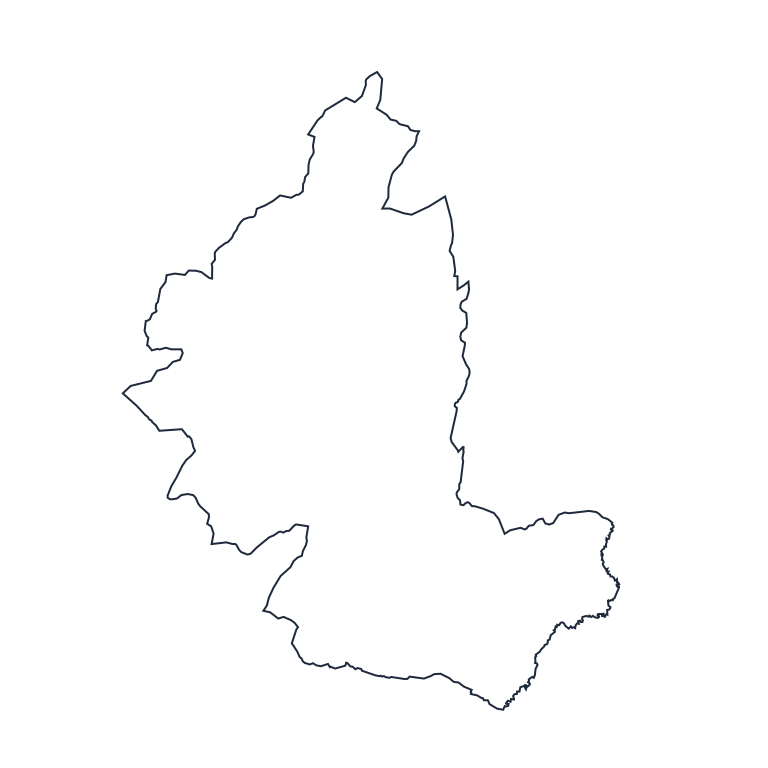 outline of Akwapem South, Eastern, Ghana, rotated 187°
{"feature_id": "2480657B26354408705676", "entity_name": "Akwapem South", "entity_type": "district", "adm_level": 2, "iso_a3": "GHA", "parent_name": "Ghana", "parent_adm1": "Eastern", "projection": "natural_earth1", "projection_center": [-0.261, 5.841], "detail": "fine", "context": "isolated", "style": "outline", "palette": "slate", "viewbox_px": 768, "rotation_deg": 187, "n_neighbors": 0, "source": "geoboundaries", "source_scale": "gbopen_adm2", "svg_char_len": 6102}
<svg xmlns="http://www.w3.org/2000/svg" viewBox="0 0 768 768"><g transform="rotate(187 384 384)"><path d="M532.2,536.7L533.1,534.7L534.3,533.8L538.2,532.9L543.2,530.5L545.8,527.4L548.3,522.5L549.0,519.2L551.4,515.1L552.7,510.7L556.3,505.7L558.4,504.7L564.4,499.0L567.5,494.8L567.9,492.8L566.9,486.7L569.7,482.2L568.8,479.6L567.5,467.7L570.2,467.9L578.9,472.8L584.5,473.5L591.6,472.8L594.9,468.0L605.0,468.1L613.0,465.5L613.3,458.6L617.6,451.0L618.4,437.7L619.7,436.1L619.9,434.7L619.8,430.9L618.7,429.1L618.8,428.1L622.7,425.3L624.2,419.8L626.5,418.0L628.1,417.5L628.1,407.6L625.2,402.4L623.6,401.4L623.8,393.5L622.7,393.3L618.5,389.1L612.9,391.3L610.9,390.9L604.9,393.4L599.2,392.5L589.4,393.7L587.5,390.1L589.5,383.1L596.3,380.2L601.2,373.5L610.9,369.4L615.7,358.7L635.2,351.2L642.1,342.9L627.0,332.4L617.2,324.1L614.3,322.4L612.8,320.3L610.3,319.3L609.5,318.0L605.3,315.1L601.3,310.2L579.1,314.5L572.3,307.8L571.2,308.3L568.5,305.9L565.4,297.9L563.4,294.6L566.4,289.6L571.0,284.5L574.2,278.4L578.9,265.1L582.6,256.7L585.2,246.7L584.8,244.7L582.2,243.5L579.6,243.9L575.4,245.2L571.6,249.1L565.3,250.9L559.7,250.4L556.9,247.9L553.7,242.5L551.6,240.3L542.0,233.4L541.5,230.1L542.5,223.7L538.2,221.7L534.9,214.7L535.6,204.1L521.2,207.6L514.9,206.7L512.1,207.1L510.9,206.3L507.4,201.5L505.1,199.7L498.6,198.1L495.7,199.3L490.3,206.3L479.2,217.9L475.0,220.3L470.2,224.5L468.1,224.9L466.0,224.2L463.2,226.1L460.1,226.8L456.2,232.2L454.2,233.9L441.9,233.5L442.4,222.2L441.4,219.0L441.8,214.8L444.1,208.4L444.6,203.5L448.5,201.3L452.0,197.4L454.6,190.7L463.2,180.9L468.9,168.2L472.3,157.6L473.3,149.7L476.1,144.2L469.1,143.5L460.4,138.3L455.3,140.6L447.6,138.3L443.6,136.0L439.7,132.2L441.0,129.9L443.9,115.4L437.5,107.9L434.4,102.7L432.4,101.6L430.8,98.9L428.7,97.5L423.5,96.6L420.5,98.2L416.8,96.5L412.2,96.2L405.5,99.3L403.1,96.3L402.4,96.9L397.9,95.6L388.1,99.7L387.5,102.8L386.4,102.6L383.0,99.6L380.6,99.6L377.8,97.4L375.7,98.8L372.0,98.4L370.8,96.7L357.2,93.8L352.4,93.5L351.6,94.1L350.1,93.4L348.5,94.1L346.9,93.3L343.0,93.0L341.1,94.1L327.7,93.7L324.8,94.2L322.9,96.7L308.5,96.5L302.0,99.8L298.9,102.1L292.6,103.3L283.3,100.0L278.6,96.9L273.7,96.8L267.6,93.3L259.7,91.1L260.5,89.0L259.8,88.5L260.0,86.9L253.6,86.3L249.2,84.3L247.6,84.3L246.4,82.3L242.3,82.7L240.3,79.2L232.3,75.6L226.0,75.2L224.9,79.0L223.4,78.8L221.5,79.7L221.4,81.6L223.5,81.4L224.0,82.0L222.5,84.7L219.7,84.0L219.5,86.9L216.6,86.6L216.5,87.2L217.8,90.0L216.7,92.0L214.4,92.5L214.4,95.0L212.1,95.2L211.7,99.7L208.1,101.4L205.9,98.3L205.7,99.7L206.9,102.3L206.0,102.3L204.9,100.9L202.7,103.3L202.7,104.4L204.7,105.6L203.9,106.7L204.3,108.5L201.2,111.4L199.5,110.6L198.8,113.4L198.8,119.9L197.4,123.9L198.2,125.3L200.1,125.5L199.9,127.3L200.7,131.2L199.7,132.5L200.5,133.8L196.9,137.1L195.4,140.1L192.9,143.2L192.8,144.5L190.5,145.7L189.9,147.9L190.2,149.5L188.5,150.5L187.9,155.0L184.2,158.8L184.3,159.7L185.4,160.3L184.4,161.1L184.1,164.3L182.9,163.9L182.7,166.2L180.7,166.0L179.6,168.5L177.7,169.2L176.2,168.3L174.6,166.1L170.8,163.7L169.0,166.2L167.6,164.8L166.2,165.7L164.5,165.0L164.4,167.8L163.2,169.9L161.4,169.8L162.4,172.3L160.7,173.0L159.5,171.7L158.1,172.0L157.8,173.7L158.8,174.8L158.6,176.9L154.7,178.5L152.4,177.9L152.0,179.1L149.9,178.0L148.5,179.3L145.9,178.0L143.0,178.0L142.2,179.0L142.4,179.8L143.8,180.3L143.6,181.7L139.4,182.3L139.4,180.3L138.8,180.2L137.9,182.2L136.9,179.9L136.4,179.8L135.4,182.3L134.9,182.9L134.2,182.5L135.0,187.0L132.9,187.6L132.0,189.4L132.1,190.1L134.2,191.4L135.3,196.2L134.8,196.7L133.5,196.1L132.0,197.4L130.6,197.2L130.3,198.8L129.2,199.3L125.9,210.8L126.3,211.8L127.4,211.1L128.4,211.9L128.7,213.2L126.3,214.0L127.3,215.5L128.5,215.5L129.0,218.7L130.8,217.0L132.3,219.8L134.2,220.7L135.8,220.6L136.4,222.5L138.3,222.7L139.1,223.8L138.2,225.2L140.2,225.4L139.7,227.8L141.1,227.0L144.1,230.4L144.9,231.9L144.3,234.0L145.3,235.7L146.4,236.0L146.1,238.0L147.3,240.5L147.4,241.2L146.1,240.8L146.0,241.5L148.1,244.3L146.8,246.5L145.4,247.5L145.5,249.5L143.7,249.6L144.1,251.8L143.6,255.3L144.5,256.2L144.4,258.0L143.2,257.2L141.8,257.8L141.6,260.0L142.6,261.1L141.4,262.1L141.7,263.5L139.1,266.2L139.4,266.8L141.0,267.2L141.0,268.0L140.1,268.2L138.6,270.2L139.5,271.8L140.6,272.2L140.9,273.3L140.5,274.2L145.4,277.2L150.9,278.3L154.8,281.4L157.9,282.8L165.1,283.0L184.5,278.3L188.8,278.5L194.8,275.4L199.1,266.6L203.0,264.6L206.9,265.3L210.1,269.7L213.9,268.4L216.2,266.4L218.6,262.2L223.0,260.9L225.0,257.8L226.4,256.8L231.0,257.9L240.9,254.2L246.0,250.0L253.4,263.7L259.1,269.3L270.5,272.3L278.7,273.7L281.8,273.5L284.8,276.3L286.5,276.9L288.3,275.9L290.4,273.4L293.4,273.6L294.4,277.9L297.0,279.9L298.5,283.2L298.6,285.1L296.5,288.8L297.1,293.8L296.0,295.8L296.0,317.1L297.1,319.8L296.7,326.8L297.2,327.5L297.3,331.0L298.0,331.1L302.0,325.8L302.6,327.1L309.8,334.7L311.3,338.6L308.6,365.9L308.8,369.2L311.1,370.6L311.2,373.0L310.2,374.5L309.2,374.6L308.4,375.6L308.2,377.4L306.8,378.5L303.6,386.6L302.1,394.1L302.5,397.1L300.7,402.4L300.4,405.6L301.2,409.1L304.7,413.2L309.4,421.1L308.5,431.8L308.7,434.9L312.7,436.7L314.0,440.1L313.7,444.4L309.1,449.9L309.0,454.6L311.0,464.6L315.4,466.5L317.6,468.9L317.7,472.5L316.8,475.2L312.4,478.6L311.4,484.2L311.1,488.1L312.7,495.9L317.4,491.1L322.6,486.9L324.1,499.8L327.4,499.7L327.1,504.9L330.7,518.7L335.1,524.1L334.4,530.0L333.6,532.0L333.7,540.5L337.3,555.6L346.2,577.6L361.0,565.7L377.3,555.4L385.6,555.9L399.5,558.9L407.0,557.9L402.4,569.5L403.5,579.9L401.7,592.7L400.3,596.1L393.2,605.5L391.9,610.5L388.4,617.5L383.0,624.2L381.7,629.3L381.8,633.8L380.0,639.2L383.6,638.7L388.6,639.3L391.7,642.8L399.0,643.6L400.5,644.0L403.9,646.7L409.8,647.3L414.1,651.5L424.8,656.6L422.3,665.5L423.0,686.5L428.9,692.8L435.6,687.9L438.7,684.2L439.1,682.7L438.4,678.6L441.0,667.2L447.3,660.2L456.6,663.5L475.7,648.4L478.0,641.9L479.0,641.4L482.2,637.4L489.7,622.4L483.1,620.8L483.5,611.6L482.0,605.7L482.4,603.6L485.0,597.9L485.6,592.3L484.8,583.8L487.5,579.8L487.7,575.1L488.6,572.9L488.1,565.3L491.6,561.6L494.0,561.1L499.0,557.5L510.1,558.5L516.2,552.4L523.8,546.7L531.6,542.4L532.2,536.7Z" fill="none" stroke="#1e293b" stroke-width="2"/></g></svg>